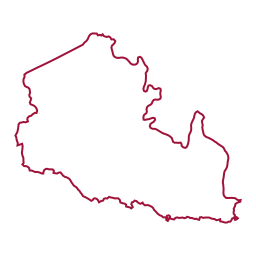 Restinga Sêca, Rio Grande do Sul, Brazil
{"feature_id": "56859067B37835458668182", "entity_name": "Restinga Sêca", "entity_type": "district", "adm_level": 2, "iso_a3": "BRA", "parent_name": "Brazil", "parent_adm1": "Rio Grande do Sul", "projection": "robinson", "projection_center": [-53.306, -29.8], "detail": "fine", "context": "isolated", "style": "outline", "palette": "rose", "viewbox_px": 256, "rotation_deg": 0, "n_neighbors": 0, "source": "geoboundaries", "source_scale": "gbopen_adm2", "svg_char_len": 5136}
<svg xmlns="http://www.w3.org/2000/svg" viewBox="0 0 256 256"><path d="M110.4,37.5L108.7,36.4L106.7,37.0L105.4,36.6L103.6,35.9L102.6,34.3L101.3,35.5L99.7,34.8L97.9,35.4L96.7,33.5L94.7,33.5L92.7,33.4L90.6,34.2L89.1,36.0L87.8,39.0L86.6,40.8L85.5,41.7L84.2,42.8L82.8,44.7L57.7,57.7L50.5,61.3L43.1,64.9L37.1,67.7L31.7,70.4L26.7,72.8L24.4,74.6L24.6,76.8L23.5,79.3L23.4,82.0L23.9,83.8L24.9,86.0L26.7,87.0L28.1,87.5L29.5,88.9L29.8,90.9L30.1,92.6L29.3,95.0L29.6,96.7L31.2,98.4L30.6,100.5L29.8,102.6L30.6,104.3L32.2,104.9L33.9,105.6L35.4,106.9L36.4,108.3L37.2,110.7L36.5,113.0L35.0,112.8L32.7,114.2L31.1,115.8L29.2,116.3L27.6,117.8L27.3,119.3L27.9,121.4L25.6,122.3L23.5,122.0L21.9,122.4L19.8,122.8L18.6,124.3L18.3,126.5L18.2,128.4L17.8,129.9L17.3,132.2L16.1,134.3L15.4,135.7L16.2,137.0L16.5,139.0L17.0,141.0L17.8,142.8L17.5,145.4L22.1,143.8L22.6,145.8L22.5,148.0L22.2,150.5L21.9,152.9L22.4,155.4L23.4,158.0L23.4,160.3L23.6,163.0L22.4,164.4L24.1,166.1L25.9,166.1L27.4,166.6L29.1,168.0L29.7,170.5L31.6,170.5L33.6,171.3L34.9,172.0L36.6,171.9L38.7,172.2L40.4,172.9L42.0,173.5L43.3,173.5L43.5,171.7L44.3,170.0L46.0,168.8L47.4,168.9L48.9,169.3L50.9,169.3L52.8,169.5L53.9,170.7L53.5,172.9L55.4,173.3L57.0,173.5L58.5,172.7L60.5,172.4L61.8,173.9L63.0,175.6L64.8,176.8L66.5,177.3L67.8,177.9L69.1,178.7L70.4,180.3L71.4,182.2L72.6,183.8L73.8,185.6L75.5,186.7L76.8,187.7L78.0,189.5L79.5,190.9L80.6,192.7L81.7,194.0L83.1,196.2L85.0,197.0L86.7,197.9L88.1,198.7L89.7,199.7L91.2,200.8L92.6,200.2L93.5,198.8L94.8,198.3L96.4,198.7L97.9,200.0L99.0,202.3L101.2,201.0L103.1,200.6L103.9,198.8L105.3,198.3L107.3,198.5L109.0,196.9L111.0,197.5L112.9,197.8L114.6,198.4L116.6,198.3L118.2,198.3L119.9,200.1L120.3,202.4L122.4,203.2L124.5,203.6L126.1,204.5L126.1,206.5L128.0,207.0L130.0,207.4L131.2,208.4L132.8,207.1L131.3,204.0L132.0,202.3L133.3,202.0L134.6,200.6L136.5,201.1L137.7,202.3L138.9,203.2L140.5,203.8L142.6,202.6L143.3,204.0L144.9,205.3L146.7,205.1L148.1,205.1L149.8,205.8L151.8,206.8L153.1,208.0L154.0,209.7L155.6,211.4L157.7,213.7L159.7,215.2L161.7,216.0L163.1,217.3L164.7,217.3L166.3,217.6L167.0,215.8L168.8,215.3L170.0,216.4L169.9,218.2L172.0,219.1L174.2,219.4L175.4,217.9L177.3,217.4L179.1,218.0L180.7,217.8L182.4,217.5L184.4,218.2L185.9,217.8L187.1,216.8L188.9,217.2L190.1,218.0L191.7,217.9L193.1,218.4L194.7,219.0L196.4,218.7L197.7,219.5L199.2,219.8L199.9,217.4L201.4,217.1L203.2,217.9L205.3,217.5L207.0,217.5L208.6,217.5L210.0,217.8L211.2,218.5L212.8,218.8L214.6,219.1L216.4,220.2L218.4,219.8L220.1,219.2L220.2,221.3L221.9,221.6L223.8,222.2L225.6,222.6L227.2,222.4L228.6,221.7L230.2,221.7L231.3,220.4L232.2,218.5L234.3,217.8L235.0,215.2L233.7,213.8L233.6,212.0L234.0,210.5L233.7,208.8L235.0,206.1L235.4,204.0L237.1,202.8L238.8,202.2L240.3,201.7L240.6,200.0L238.4,200.3L236.6,199.3L235.4,198.3L233.8,198.0L231.8,197.9L230.4,197.9L228.3,198.0L226.1,197.9L225.0,196.9L223.8,195.4L223.4,193.0L223.5,191.0L223.6,188.9L223.4,187.1L223.3,185.1L222.9,182.8L222.9,181.2L223.6,177.4L223.9,175.0L224.1,173.3L224.6,171.3L226.2,168.7L227.1,166.6L227.5,164.0L227.7,161.8L228.1,159.8L228.4,158.1L228.2,156.4L227.5,154.2L226.3,152.2L225.1,150.9L224.3,149.2L223.3,147.4L221.7,146.3L220.0,145.2L218.5,144.2L217.3,143.3L216.1,142.3L214.8,141.6L213.1,140.3L211.1,139.1L208.2,137.7L206.3,137.0L204.4,135.5L203.6,134.0L203.1,131.7L202.6,129.4L202.3,127.4L202.7,125.2L202.2,123.0L201.9,121.0L202.9,119.2L204.1,117.6L203.1,115.4L201.6,114.1L200.3,113.5L199.2,112.7L197.6,111.3L195.8,112.4L194.8,114.0L194.4,115.8L194.0,117.6L193.4,119.2L192.6,120.8L191.8,122.6L191.2,124.2L191.1,125.9L191.2,127.5L191.2,130.0L190.5,132.2L189.3,134.5L188.8,136.5L188.8,139.3L188.5,141.9L187.7,144.9L186.8,146.9L185.4,147.9L183.2,147.3L181.7,145.9L181.5,144.1L180.7,142.6L178.7,142.9L176.6,142.7L174.5,142.7L173.0,141.7L172.4,139.7L171.8,138.1L170.6,136.9L168.7,135.5L166.4,134.5L164.4,133.8L162.5,133.1L157.1,129.8L155.3,128.9L152.6,128.8L150.6,127.9L149.8,126.3L150.5,123.9L152.2,122.7L153.7,121.8L155.1,119.8L154.7,118.2L153.0,117.8L150.6,118.5L148.9,119.2L147.0,119.4L145.0,119.9L143.6,119.6L143.4,117.1L143.9,115.2L145.0,114.2L146.4,113.1L146.9,111.4L146.5,109.5L146.9,107.4L148.3,105.8L150.4,104.8L151.8,103.5L152.7,101.2L153.8,99.9L155.2,99.5L157.0,99.7L158.7,99.6L160.4,98.6L160.8,97.1L160.3,94.2L160.3,92.6L160.8,90.6L160.4,88.7L158.7,88.1L157.3,88.7L155.9,89.1L154.4,88.9L153.2,87.9L151.9,86.0L150.1,85.2L148.5,85.6L147.8,87.3L147.4,89.6L146.7,91.1L145.3,91.6L144.0,90.9L143.4,89.2L143.9,86.7L144.7,85.1L145.4,82.8L145.8,80.8L145.9,78.0L146.0,75.6L145.7,73.1L147.3,70.9L147.7,68.5L146.9,66.6L145.0,64.8L142.9,60.6L142.3,59.2L141.3,57.6L139.8,56.8L138.1,57.5L137.8,59.6L138.0,61.2L137.6,62.8L136.4,64.1L134.8,64.7L132.6,64.6L130.6,63.5L129.6,62.2L128.5,60.9L127.1,59.4L125.8,58.5L124.5,58.0L122.9,57.6L121.4,57.5L119.7,57.8L118.0,57.9L116.5,57.7L115.2,57.2L113.8,56.0L112.9,53.9L112.6,52.0L112.1,50.4L111.4,47.5L112.0,45.6L113.4,44.3L114.6,43.0L115.3,41.1L113.7,39.3L111.4,39.4L110.4,37.5ZM234.3,217.8L235.1,219.9L236.5,219.4L237.9,218.3L236.6,217.1L234.3,217.8ZM166.3,217.6L166.3,220.0L167.8,220.9L168.7,219.5L167.8,218.1L166.3,217.6Z" fill="none" stroke="#9f1239" stroke-width="2"/></svg>